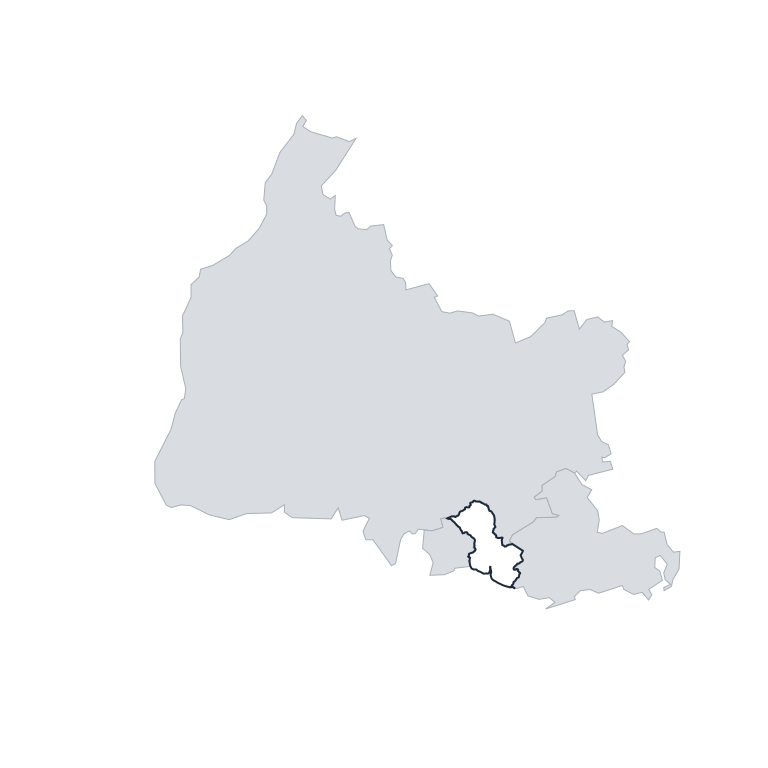 Guyana shown with its bordering countries, rotated 164°
{"feature_id": "GUY", "entity_name": "Guyana", "entity_type": "country or territory", "adm_level": 0, "iso_a3": "GUY", "parent_name": "South America", "parent_adm1": "", "projection": "orthographic", "projection_center": [-58.817, 4.875], "detail": "fine", "context": "with_neighbors", "style": "outline", "palette": "slate", "viewbox_px": 768, "rotation_deg": 164, "n_neighbors": 3, "source": "natural_earth", "source_scale": "50m", "svg_char_len": 6928}
<svg xmlns="http://www.w3.org/2000/svg" viewBox="0 0 768 768"><g transform="rotate(164 384 384)"><path d="M388.6,664.5L386.0,658.8L391.1,653.9L385.2,646.9L365.7,634.5L361.6,634.8L350.5,626.6L343.2,627.8L371.8,602.5L389.7,591.8L390.4,583.0L384.8,576.5L378.9,578.7L383.3,565.5L383.5,559.3L379.3,557.2L374.8,559.1L370.4,558.6L368.3,543.7L366.1,540.3L358.1,537.2L353.1,539.5L340.4,537.3L341.3,521.4L337.8,514.9L341.6,512.4L340.5,505.7L343.9,500.5L346.1,491.1L343.2,483.6L336.5,480.3L335.2,475.5L337.0,468.5L313.1,468.0L308.1,453.8L311.8,453.6L308.5,437.6L301.1,433.9L293.2,434.0L279.3,427.9L274.3,423.2L260.1,421.1L246.1,409.8L246.4,387.2L229.8,389.1L212.3,398.7L209.6,402.5L193.8,401.4L186.8,403.5L181.0,402.0L181.1,382.9L171.1,390.1L160.1,389.6L155.1,382.8L146.8,381.9L149.2,376.5L142.0,368.6L136.4,357.1L139.6,354.8L139.4,349.5L146.9,345.9L145.4,339.0L148.5,334.6L149.3,328.7L163.5,320.2L175.5,316.1L187.0,316.9L192.7,276.0L190.6,268.6L185.0,263.7L185.0,254.3L192.2,252.3L194.8,253.7L195.2,248.7L187.7,247.3L187.6,239.1L212.6,239.8L216.8,235.4L222.9,247.2L225.3,245.7L232.4,252.6L242.4,251.9L244.9,247.9L259.9,242.9L261.4,237.4L270.7,233.8L270.0,231.0L259.0,229.8L257.9,212.9L252.1,209.5L254.5,208.3L274.3,213.4L278.1,210.3L301.9,203.6L306.7,198.6L305.0,194.9L311.7,194.4L314.7,197.4L313.0,203.1L317.5,205.1L320.5,211.1L316.9,215.7L314.8,226.8L319.0,239.4L327.0,245.5L333.4,246.1L334.9,243.6L344.9,240.7L349.1,237.2L366.5,238.9L366.8,229.9L378.1,229.6L391.2,235.0L395.2,231.5L398.1,232.0L399.9,235.6L406.1,234.6L411.0,229.7L422.5,208.1L426.9,207.4L437.5,237.2L444.4,239.3L444.8,248.2L435.1,259.0L439.1,262.9L461.8,264.6L462.2,277.6L472.0,268.9L509.0,280.8L515.1,288.2L513.0,295.4L527.6,291.1L551.8,297.3L570.3,296.3L588.1,306.4L603.2,320.3L612.4,323.7L622.6,323.9L626.7,327.7L631.6,351.5L625.7,372.7L601.2,399.2L592.6,413.6L582.9,424.6L579.9,425.0L575.8,434.2L574.6,457.2L567.3,483.9L563.1,488.8L559.1,504.8L545.5,520.5L542.1,532.7L532.1,537.9L528.6,544.9L516.1,545.2L497.4,550.1L488.7,555.3L475.3,558.9L460.8,568.2L450.0,579.5L447.6,587.8L448.9,593.9L442.6,610.4L434.2,616.5L420.1,635.4L401.9,648.8L396.2,658.6L388.6,664.5Z" fill="#d9dde1" stroke="#a8b0b8" stroke-width="1"/><path d="M296.3,185.0L306.7,198.6L301.9,203.6L278.1,210.3L274.3,213.4L254.5,208.3L252.1,209.5L257.9,212.9L259.0,229.8L270.0,231.0L270.7,233.8L261.4,237.4L259.9,242.9L244.9,247.9L242.4,251.9L232.4,252.6L225.3,245.7L221.4,232.7L213.4,225.1L220.0,218.8L213.5,203.2L214.6,193.9L219.9,182.6L215.4,180.3L193.8,182.2L185.1,170.9L177.8,169.1L161.6,170.0L158.7,165.4L155.6,164.3L156.1,151.5L152.1,142.6L145.7,141.6L151.3,124.9L160.1,116.5L163.6,110.1L171.7,108.1L171.2,111.2L163.8,112.5L167.6,118.5L167.2,125.3L161.4,132.7L165.7,143.1L171.2,142.3L174.3,133.0L170.6,128.4L170.4,118.6L186.1,113.6L184.6,107.5L189.2,103.5L193.3,112.6L202.1,113.0L210.0,120.3L210.4,124.6L235.3,123.7L242.5,129.6L252.2,131.2L259.4,127.3L259.6,124.0L290.7,123.2L279.8,127.0L284.1,133.1L294.3,134.2L304.0,140.6L306.0,151.0L312.7,150.7L317.7,153.8L307.5,161.4L306.3,166.1L310.7,171.0L299.6,175.5L299.8,181.5L296.3,185.0Z" fill="#d9dde1" stroke="#a8b0b8" stroke-width="1"/><path d="M385.6,232.4L378.1,229.6L366.8,229.9L366.5,238.9L359.4,237.8L351.5,226.6L349.8,219.2L345.6,219.2L339.8,209.8L341.5,200.0L349.4,196.6L351.4,184.9L366.9,187.4L368.3,185.1L378.7,184.1L392.7,187.5L386.0,198.7L387.1,207.6L392.2,215.3L385.6,232.4Z" fill="#d9dde1" stroke="#a8b0b8" stroke-width="1"/><path d="M304.9,194.9L302.1,191.8L299.4,188.7L296.7,185.7L296.5,185.3L297.7,183.9L298.7,182.8L299.5,182.2L299.9,181.7L299.6,179.5L299.6,178.7L299.3,177.8L299.0,176.8L299.3,176.0L299.7,175.5L300.3,175.3L301.5,175.1L302.4,175.0L302.7,174.7L303.3,174.3L303.9,174.3L305.3,174.5L305.9,174.0L307.0,173.4L309.4,172.2L310.0,171.5L310.4,170.3L310.3,169.8L310.1,169.6L309.5,169.4L308.5,169.4L307.8,169.7L307.0,169.5L306.4,168.8L306.3,168.2L306.7,167.3L306.5,166.8L305.3,165.0L305.3,164.5L306.2,163.8L306.7,163.1L307.4,161.5L308.0,161.0L309.7,160.8L310.1,160.4L311.0,159.6L312.3,158.6L314.2,157.8L314.7,156.4L315.0,156.1L316.5,155.3L316.8,154.9L316.8,154.6L314.4,151.4L314.8,151.6L316.7,153.7L317.7,154.1L317.9,154.1L317.9,153.6L318.9,153.8L321.3,155.2L324.9,157.6L329.9,162.0L331.3,163.7L332.3,164.5L333.8,166.4L334.2,167.3L334.2,171.1L332.8,173.6L332.5,175.5L332.5,178.0L331.7,179.5L332.7,178.7L333.0,176.4L333.9,175.0L335.0,173.5L336.5,173.1L338.1,173.8L339.4,173.9L340.6,174.3L343.1,176.8L345.5,178.7L346.3,180.2L348.9,181.0L350.4,182.2L350.9,183.3L351.2,186.0L350.7,190.2L350.8,190.4L350.1,191.2L350.0,191.8L349.6,192.7L349.2,193.2L349.7,194.3L350.3,194.4L350.5,194.5L350.7,194.8L350.6,195.0L350.4,195.2L349.9,195.5L349.4,196.2L349.4,196.9L349.1,197.3L348.0,197.5L346.0,197.5L345.0,197.5L344.2,197.7L343.6,198.2L343.0,198.5L342.4,198.6L342.0,199.1L341.5,199.9L341.6,200.4L342.1,201.1L342.4,201.9L342.0,203.1L341.6,204.0L341.4,204.7L341.1,206.0L340.3,207.5L339.7,208.3L339.7,209.3L340.0,210.6L341.6,212.4L342.2,213.3L342.6,214.8L344.1,215.9L345.0,216.8L344.9,218.1L345.0,218.4L345.6,218.8L346.3,219.0L347.0,219.0L347.7,218.9L347.9,218.7L349.5,218.7L349.7,219.0L349.7,220.7L349.8,221.4L350.2,221.7L350.4,222.1L350.4,222.5L350.5,223.5L350.7,224.0L350.7,225.1L350.9,225.5L351.3,225.7L351.9,226.5L352.1,226.6L352.2,226.8L352.6,227.9L352.9,228.2L353.1,228.3L353.1,228.6L353.5,229.6L353.7,229.9L354.1,230.6L354.3,231.4L354.9,232.3L355.5,233.0L355.8,233.6L356.5,235.1L357.3,236.1L358.3,236.3L359.1,236.5L359.7,236.9L360.2,237.3L359.6,237.5L359.1,237.7L358.4,237.5L357.5,237.7L356.5,238.0L355.6,238.1L353.8,237.6L353.3,237.6L353.0,237.4L352.2,236.5L351.9,236.4L351.0,236.8L349.9,237.1L349.3,237.0L348.7,237.3L348.1,237.8L346.9,239.5L346.4,240.1L345.7,240.4L344.5,240.4L343.1,240.5L342.1,240.9L341.1,241.1L340.7,241.2L340.5,242.1L340.3,242.6L340.0,242.8L339.3,242.9L338.6,242.9L338.2,242.5L337.4,242.3L336.8,242.1L336.4,241.9L336.0,241.9L335.7,242.3L335.5,242.7L335.3,243.3L334.3,243.5L333.9,243.9L334.1,245.1L334.0,245.5L333.8,245.9L332.6,246.0L331.5,245.9L330.9,246.4L330.2,246.9L329.8,247.0L329.2,246.9L328.5,246.3L327.8,245.6L326.1,245.1L324.4,244.7L323.3,243.5L323.1,243.0L322.5,242.7L321.2,241.4L320.5,240.5L319.7,240.2L318.8,239.9L318.8,239.2L318.7,238.6L318.4,238.4L317.8,238.2L317.6,237.9L317.7,237.1L317.8,235.0L317.6,233.0L316.4,232.3L315.9,231.9L315.0,228.9L314.5,227.6L314.5,226.6L314.8,223.7L315.2,222.4L316.1,219.9L316.6,219.0L316.7,218.4L316.6,217.6L316.3,215.9L317.9,214.9L318.6,214.5L318.7,213.8L319.6,212.9L320.0,212.1L320.3,211.4L320.2,211.1L319.8,210.9L319.4,210.3L318.5,208.5L318.1,208.1L317.9,207.6L318.0,206.8L318.4,206.0L318.3,205.6L317.8,205.2L316.6,204.4L315.7,204.3L315.0,204.0L313.9,204.0L313.0,203.9L312.5,203.6L312.6,203.2L312.9,202.8L313.6,201.9L314.1,200.9L314.1,200.0L314.3,198.8L314.5,197.7L314.6,196.5L313.5,195.7L313.1,195.0L312.7,194.4L312.1,194.4L311.4,194.2L310.1,195.0L309.2,194.8L308.5,195.1L307.0,195.0L306.1,194.7L304.9,194.9Z" fill="none" stroke="#1e293b" stroke-width="2"/></g></svg>